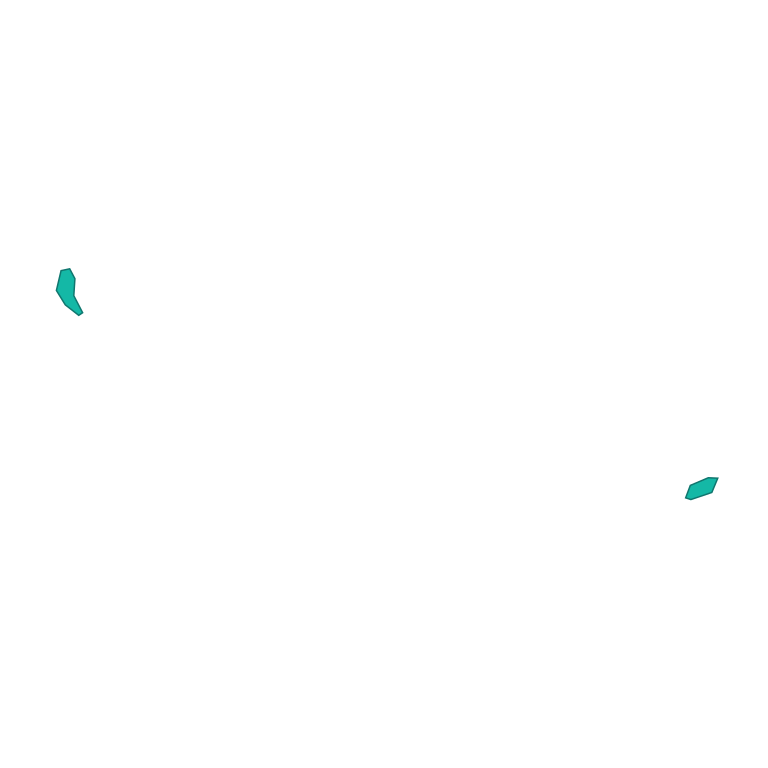 Wallis and Futuna, orthographic projection, rotated 45°
{"feature_id": "WLF", "entity_name": "Wallis and Futuna", "entity_type": "country or territory", "adm_level": 0, "iso_a3": "WLF", "parent_name": "Oceania", "parent_adm1": "", "projection": "orthographic", "projection_center": [-177.26, -13.773], "detail": "fine", "context": "isolated", "style": "filled", "palette": "teal", "viewbox_px": 768, "rotation_deg": 45, "n_neighbors": 0, "source": "natural_earth", "source_scale": "50m", "svg_char_len": 359}
<svg xmlns="http://www.w3.org/2000/svg" viewBox="0 0 768 768"><g transform="rotate(45 384 384)"><path d="M119.6,551.3L102.7,553.4L86.2,549.5L75.5,532.2L80.3,524.8L91.0,528.1L102.2,540.9L120.5,546.7L119.6,551.3ZM682.7,248.7L677.8,251.2L672.3,239.1L679.6,221.0L686.6,214.6L692.5,228.9L682.7,248.7Z" fill="#14b8a6" stroke="#0f766e" stroke-width="1.5"/></g></svg>